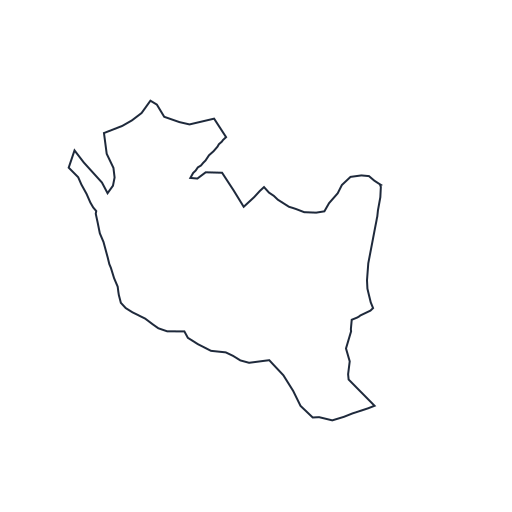 Ohafia, Abia, Nigeria (Natural Earth projection), rotated 157°
{"feature_id": "59680162B76876152340896", "entity_name": "Ohafia", "entity_type": "district", "adm_level": 2, "iso_a3": "NGA", "parent_name": "Nigeria", "parent_adm1": "Abia", "projection": "natural_earth1", "projection_center": [7.789, 5.658], "detail": "fine", "context": "isolated", "style": "outline", "palette": "slate", "viewbox_px": 512, "rotation_deg": 157, "n_neighbors": 0, "source": "geoboundaries", "source_scale": "gbopen_adm2", "svg_char_len": 1910}
<svg xmlns="http://www.w3.org/2000/svg" viewBox="0 0 512 512"><g transform="rotate(157 256 256)"><path d="M371.0,224.8L367.1,221.3L351.4,214.6L350.7,207.3L343.9,197.5L334.5,186.3L321.5,179.1L316.2,173.1L311.2,166.0L304.1,160.4L288.7,156.1L284.5,154.9L282.6,149.6L277.4,135.5L274.5,117.3L273.7,102.9L273.6,100.7L266.9,85.2L260.9,83.0L250.0,74.9L237.9,73.6L228.7,73.4L212.3,72.0L205.4,71.8L214.8,95.5L219.0,106.1L217.4,111.2L210.9,122.4L209.3,135.7L197.9,149.5L197.3,151.5L192.8,159.9L187.1,159.8L185.0,160.0L183.2,160.5L172.0,161.0L168.6,162.3L168.5,168.5L167.0,177.7L166.2,182.4L163.3,190.3L155.5,205.4L150.6,212.7L144.5,221.8L135.8,234.8L131.4,241.3L130.5,242.7L129.9,243.6L128.9,245.0L125.9,250.4L118.6,261.5L114.1,270.8L114.0,272.7L113.3,272.7L115.1,275.3L117.7,279.2L120.8,285.4L127.5,289.0L138.1,291.9L149.2,287.8L156.3,281.8L168.1,276.1L175.6,270.4L183.7,272.4L187.3,274.1L194.5,277.5L200.7,283.5L203.4,285.9L206.4,288.4L213.9,299.3L216.1,304.4L219.3,309.3L221.7,316.3L227.0,314.4L234.7,310.9L248.1,306.1L249.6,316.0L251.0,325.3L252.0,330.8L254.7,345.9L269.6,352.7L279.7,350.2L282.7,351.8L285.9,353.5L281.4,357.0L278.2,358.2L274.9,360.3L271.3,360.8L268.2,362.4L265.2,363.6L259.9,367.1L254.2,369.0L248.7,371.7L246.5,373.4L242.8,374.6L241.0,375.7L237.1,377.1L240.9,398.8L265.8,403.1L274.2,409.2L286.1,420.0L288.1,434.1L292.5,440.2L305.5,432.3L317.3,429.3L328.2,428.0L347.9,428.6L353.5,408.4L352.8,392.8L355.5,383.5L360.2,376.6L368.1,371.8L369.1,383.8L378.0,409.4L381.8,424.1L393.9,410.5L388.9,398.0L388.8,390.0L387.7,379.3L387.6,370.0L386.9,364.3L385.5,359.8L387.0,357.5L388.7,348.6L390.1,341.8L390.9,337.9L390.9,330.5L390.9,328.5L392.0,320.5L393.1,312.5L394.2,305.8L394.2,301.8L395.3,291.1L395.3,288.4L395.3,281.8L396.7,276.9L397.5,273.7L398.7,265.7L396.3,259.0L391.7,252.4L387.1,247.1L387.0,246.9L382.5,241.7L377.9,233.7L374.2,227.7L371.0,224.8Z" fill="none" stroke="#1e293b" stroke-width="2"/></g></svg>